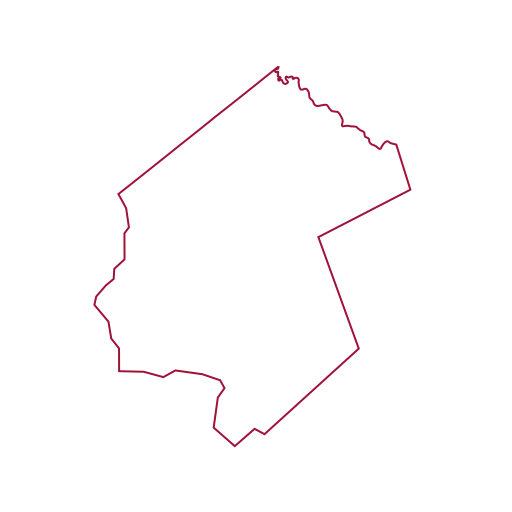 the district of Chuy, Rocha, Uruguay, rotated 318°
{"feature_id": "84410073B59552855660776", "entity_name": "Chuy", "entity_type": "district", "adm_level": 2, "iso_a3": "URY", "parent_name": "Uruguay", "parent_adm1": "Rocha", "projection": "mercator", "projection_center": [-53.451, -33.738], "detail": "fine", "context": "isolated", "style": "outline", "palette": "rose", "viewbox_px": 512, "rotation_deg": 318, "n_neighbors": 0, "source": "geoboundaries", "source_scale": "gbopen_adm2", "svg_char_len": 3150}
<svg xmlns="http://www.w3.org/2000/svg" viewBox="0 0 512 512"><g transform="rotate(318 256 256)"><path d="M195.2,117.9L191.5,133.6L180.7,149.7L173.4,151.1L156.1,170.5L142.1,170.7L134.9,177.8L124.7,177.4L110.1,179.2L103.2,184.2L102.4,206.1L93.2,220.5L92.4,233.0L77.2,250.0L95.1,266.9L106.1,284.0L119.5,287.1L137.0,307.9L146.2,324.3L144.2,333.1L133.0,335.6L109.7,355.2L113.0,383.1L139.3,383.5L143.1,394.1L270.4,393.6L315.0,283.7L415.1,310.0L434.8,267.1L433.1,264.6L431.4,261.9L431.3,261.3L431.0,259.8L430.8,259.2L430.4,258.6L429.3,258.1L428.7,257.9L426.8,257.9L425.7,258.0L424.5,258.3L422.3,258.9L421.1,259.5L420.8,259.6L420.4,259.6L420.1,259.5L419.7,259.3L419.5,259.0L419.3,258.6L419.1,257.8L418.7,255.6L418.6,254.8L418.2,253.8L417.9,253.0L417.0,251.1L416.6,250.2L416.5,249.7L416.4,249.1L416.5,248.4L416.5,247.9L416.7,247.0L417.0,246.3L417.2,246.0L417.5,245.7L418.0,245.3L418.2,244.9L418.3,244.4L418.2,243.5L417.2,241.2L417.0,240.4L417.2,239.5L418.0,238.1L418.9,237.2L419.1,236.6L419.1,235.8L418.9,235.1L417.6,232.1L417.1,229.1L417.1,228.2L417.0,227.4L416.3,226.2L414.6,224.4L413.6,223.5L411.4,220.7L409.3,219.0L407.5,217.9L407.2,217.5L407.1,217.2L407.1,216.8L407.3,216.4L407.8,215.9L409.0,215.1L410.5,214.0L411.5,212.6L411.9,211.7L413.1,206.8L413.2,204.3L413.1,203.6L412.4,202.7L409.6,199.5L409.3,198.7L409.2,197.9L409.2,195.3L409.7,192.9L409.7,191.4L409.2,190.5L408.0,189.4L404.9,187.5L403.3,186.6L402.4,185.9L401.5,185.0L401.1,184.2L400.8,183.3L400.8,182.4L401.0,181.3L401.8,179.5L402.0,178.6L401.9,177.6L401.6,175.0L401.7,174.3L402.1,173.5L404.3,170.5L404.8,169.3L405.2,167.8L405.4,166.4L405.2,165.7L404.9,165.1L404.1,164.4L403.4,164.0L402.7,163.8L402.1,163.6L401.2,162.9L400.8,162.4L400.7,161.9L400.8,160.9L401.4,159.2L403.6,155.7L404.9,154.5L405.7,153.7L406.0,153.1L406.1,152.4L405.9,151.5L405.6,150.9L405.1,150.4L404.3,149.9L402.5,149.5L402.2,149.3L402.0,149.1L402.0,148.7L402.3,148.4L402.8,148.0L403.0,147.5L402.9,147.1L402.6,146.5L402.1,146.2L401.3,145.8L400.0,145.4L399.5,145.0L398.9,143.5L398.6,143.1L398.3,143.0L397.9,143.0L397.6,143.1L397.3,143.5L396.9,143.8L396.7,144.3L396.5,144.9L396.5,146.2L396.4,147.7L396.3,148.0L395.8,148.3L395.3,148.4L394.8,148.4L394.3,148.3L393.7,148.1L393.0,147.8L392.6,147.4L392.2,146.7L392.1,145.7L392.3,144.6L392.6,143.6L392.9,143.0L392.9,142.5L392.8,142.1L392.4,141.6L391.8,141.4L391.3,141.2L390.9,141.3L390.6,141.2L390.4,140.9L390.3,140.5L390.4,140.0L390.6,139.7L391.1,139.2L391.4,139.2L391.8,139.2L392.1,139.5L392.5,139.8L393.0,140.0L393.3,140.0L393.6,139.7L393.6,139.3L393.5,138.9L393.3,138.4L392.9,138.0L392.5,137.7L392.5,137.1L392.7,136.6L393.2,136.3L393.6,136.2L394.1,135.7L394.5,134.9L395.1,134.5L395.5,134.3L395.7,133.9L395.6,133.6L395.3,133.4L394.6,133.2L394.1,133.0L393.8,132.6L393.7,132.2L393.7,131.8L393.9,131.3L394.4,130.8L394.8,130.6L395.2,130.6L395.6,130.6L396.0,130.6L396.4,130.8L397.0,131.2L397.4,131.5L397.9,131.5L398.4,131.2L399.1,130.7L398.7,130.2L380.6,129.1L369.0,128.5L364.8,128.2L361.9,128.0L358.9,127.9L356.0,127.7L353.0,127.5L344.8,127.0L323.2,125.6L317.1,125.2L301.5,124.4L275.4,122.8L229.8,120.1L204.3,118.5L195.2,117.9Z" fill="none" stroke="#9f1239" stroke-width="2"/></g></svg>